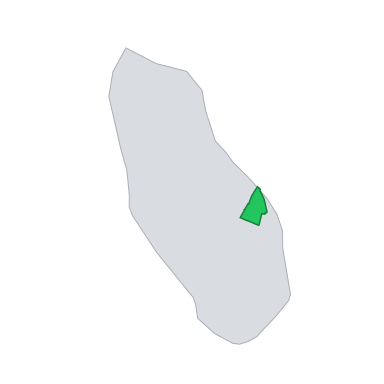 91, Al Wakrah, Qatar (highlighted), rotated 331°
{"feature_id": "91078587B94476380924667", "entity_name": "91", "entity_type": "district", "adm_level": 2, "iso_a3": "QAT", "parent_name": "Qatar", "parent_adm1": "Al Wakrah", "projection": "equal_earth", "projection_center": [51.504, 25.135], "detail": "fine", "context": "in_parent", "style": "filled", "palette": "green", "viewbox_px": 384, "rotation_deg": 331, "n_neighbors": 0, "source": "geoboundaries", "source_scale": "gbopen_adm2", "svg_char_len": 948}
<svg xmlns="http://www.w3.org/2000/svg" viewBox="0 0 384 384"><g transform="rotate(331 192 192)"><path d="M204.7,341.5L191.3,345.6L178.7,350.0L168.1,349.9L159.7,348.1L154.1,343.9L143.3,327.1L135.7,305.2L140.4,293.0L142.0,285.4L131.8,227.8L128.5,183.7L129.8,174.7L135.7,164.3L145.6,141.3L150.8,119.2L165.6,68.1L181.2,48.4L204.1,34.0L222.8,62.2L245.7,83.8L250.0,107.8L243.3,127.5L237.1,158.8L240.8,173.1L242.2,185.6L248.4,206.5L254.4,233.7L255.5,252.6L252.2,270.2L244.2,284.9L228.5,329.3L223.8,333.9L204.7,341.5Z" fill="#d9dde1" stroke="#a8b0b8" stroke-width="1"/><path d="M240.7,246.8L242.5,244.8L244.7,246.5L245.8,246.6L245.8,245.9L247.9,246.0L251.6,233.2L252.2,223.5L253.1,222.6L251.8,219.1L251.6,219.2L245.6,222.4L245.3,222.8L242.5,224.2L239.8,226.5L235.7,230.0L235.4,229.4L229.8,232.7L229.7,232.7L229.8,232.8L221.7,237.8L225.9,243.3L226.3,243.6L234.1,253.4L234.7,253.3L240.7,246.8Z" fill="#22c55e" stroke="#15803d" stroke-width="1.5"/></g></svg>